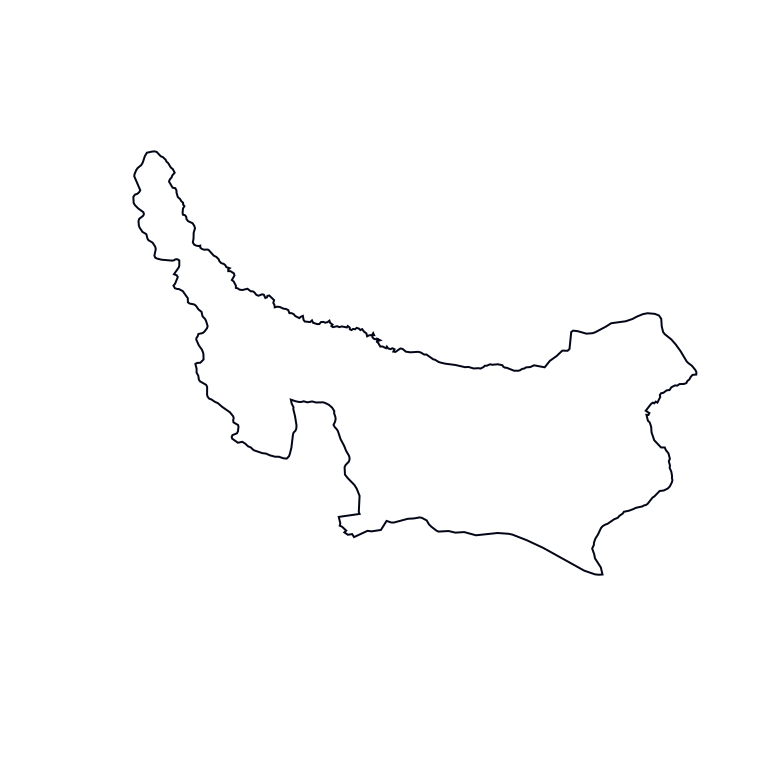 Webuye West, Western, Kenya (Mercator projection), rotated 109°
{"feature_id": "3690345B24019880317128", "entity_name": "Webuye West", "entity_type": "district", "adm_level": 2, "iso_a3": "KEN", "parent_name": "Kenya", "parent_adm1": "Western", "projection": "mercator", "projection_center": [34.696, 0.598], "detail": "fine", "context": "isolated", "style": "outline", "palette": "ink", "viewbox_px": 768, "rotation_deg": 109, "n_neighbors": 0, "source": "geoboundaries", "source_scale": "gbopen_adm2", "svg_char_len": 6137}
<svg xmlns="http://www.w3.org/2000/svg" viewBox="0 0 768 768"><g transform="rotate(109 384 384)"><path d="M330.8,290.1L333.2,292.7L333.9,294.6L335.5,295.4L337.9,297.6L338.3,299.9L340.1,304.2L340.4,309.8L341.7,312.8L342.8,322.8L344.8,332.5L345.3,337.2L345.4,339.5L344.5,343.4L344.6,345.6L342.3,353.5L343.1,355.5L342.2,359.6L342.5,362.3L345.5,369.5L346.3,373.9L344.8,377.8L345.1,380.1L349.9,383.6L350.3,385.7L347.7,385.4L347.5,387.8L348.9,389.1L349.0,391.7L347.7,393.5L349.5,393.8L349.0,397.7L349.8,399.7L347.0,402.9L346.4,404.5L343.6,404.6L344.7,407.6L343.8,409.9L341.6,411.3L342.9,414.0L344.4,415.5L341.9,417.1L340.9,420.2L339.2,422.5L340.7,423.9L339.8,425.7L339.8,428.1L341.7,429.2L342.0,431.2L343.6,432.3L343.4,434.1L341.8,434.8L341.0,437.2L342.6,437.5L343.3,442.6L344.8,444.8L344.6,447.0L346.9,450.9L346.3,452.6L344.6,452.0L343.7,454.9L341.9,456.2L343.9,457.5L345.2,459.6L345.0,461.4L345.9,463.7L348.4,464.7L349.1,466.6L349.2,471.0L347.3,472.8L349.5,474.0L350.7,479.3L349.6,480.9L346.0,482.9L347.5,484.5L349.3,485.6L348.6,490.2L347.4,492.0L347.1,494.5L347.8,496.5L345.3,498.6L345.0,501.2L345.5,503.7L345.1,507.4L345.6,510.0L347.1,512.3L345.1,513.2L343.3,515.1L340.5,515.2L337.7,521.3L338.6,522.9L340.2,522.9L341.3,524.2L338.7,526.7L338.9,528.5L341.4,531.4L341.3,533.7L339.6,536.3L339.1,538.1L339.7,540.2L338.4,544.1L341.3,548.6L341.8,551.4L341.2,553.4L341.4,555.3L339.2,556.1L336.0,559.5L335.2,561.7L330.1,560.7L328.3,561.9L327.3,565.9L328.0,568.0L326.3,568.6L324.8,567.6L324.8,571.2L323.4,572.6L322.6,574.7L322.7,577.3L321.4,579.7L319.9,580.9L318.4,584.0L318.1,586.7L314.3,593.6L314.5,595.2L315.6,597.8L315.6,600.1L314.9,602.1L313.0,602.8L313.9,604.1L314.3,606.5L314.1,608.6L312.5,610.8L308.3,611.5L303.0,613.2L298.3,613.4L296.1,615.0L294.3,617.4L293.8,622.3L292.4,624.4L290.2,625.5L289.2,627.2L289.4,629.2L287.6,630.2L283.4,631.2L280.8,630.6L279.7,632.4L278.0,633.0L277.2,635.1L275.5,637.0L274.4,639.8L270.6,642.5L268.6,643.2L266.8,645.1L267.2,647.8L262.6,653.2L260.2,653.1L257.9,652.1L255.8,652.1L252.4,650.7L249.6,653.6L248.7,656.1L245.4,660.0L244.6,662.0L243.1,663.4L241.4,667.1L241.4,669.2L238.6,674.4L238.7,676.5L239.6,678.7L242.5,683.5L246.4,684.3L253.2,684.2L256.1,684.8L259.9,687.2L262.4,687.9L267.0,688.2L269.0,687.7L280.2,677.5L282.5,678.0L284.4,679.1L286.1,681.2L288.8,681.9L294.4,679.6L296.0,677.7L298.1,673.4L299.9,667.4L301.6,666.3L303.4,666.5L307.5,669.2L309.8,669.2L313.9,667.4L315.7,666.0L318.8,661.9L319.7,657.5L323.4,655.1L324.7,653.6L325.7,648.8L328.7,645.0L330.8,643.7L337.4,642.9L339.0,641.5L339.3,639.3L338.9,634.8L336.4,624.8L335.6,623.0L334.1,621.9L333.3,620.1L333.8,617.8L338.7,616.1L340.5,616.0L348.6,618.3L348.7,615.4L350.0,613.8L357.3,614.2L359.5,615.1L361.5,612.9L361.5,610.6L361.0,608.9L361.7,604.5L366.8,597.4L370.6,596.0L371.2,594.0L370.6,589.5L371.2,587.3L373.9,583.7L375.2,580.0L379.1,577.6L380.8,574.3L382.4,572.7L386.7,569.6L388.9,569.5L392.9,570.8L394.8,572.0L397.2,575.8L399.6,575.7L401.3,576.3L403.1,576.0L407.7,571.7L410.8,567.4L412.8,565.6L414.4,564.5L419.6,562.6L423.7,564.6L425.0,567.7L426.5,568.9L430.5,566.2L434.3,564.9L436.6,562.3L440.1,560.5L441.4,558.8L442.7,551.9L444.3,550.3L452.0,547.7L453.6,546.4L454.8,544.4L454.8,542.1L455.9,538.2L456.2,534.8L458.3,529.6L460.9,520.5L463.7,516.0L465.3,515.0L467.4,514.8L469.3,513.8L470.3,508.6L471.9,507.6L476.4,506.7L478.5,507.0L481.6,510.6L483.6,510.8L485.1,509.8L487.1,503.0L484.8,499.2L485.6,495.7L487.2,492.2L487.3,489.5L489.0,485.7L489.0,476.6L488.2,472.9L488.6,468.7L488.2,463.3L487.0,459.7L487.0,454.9L486.2,451.7L483.2,450.3L480.6,450.3L474.5,450.8L461.9,453.5L459.4,453.7L457.0,452.5L454.7,452.4L451.5,453.3L443.5,457.6L437.2,461.6L435.4,462.0L432.6,464.9L429.1,467.0L429.1,461.9L428.6,458.3L427.8,456.1L426.5,454.4L426.3,450.5L423.9,446.3L423.6,442.2L421.1,435.5L421.1,433.4L421.6,429.4L423.2,425.4L425.8,422.2L427.8,421.7L430.9,419.3L433.0,418.3L435.4,418.0L439.1,418.4L440.9,416.4L442.0,414.2L443.5,412.3L450.3,407.1L455.3,401.7L459.5,398.1L463.0,394.0L464.9,392.6L466.6,392.0L468.9,392.0L473.0,393.9L475.4,394.2L482.4,391.4L485.0,387.3L489.1,379.1L491.9,375.7L497.7,370.7L513.1,366.2L514.8,364.8L524.4,383.5L530.1,379.9L532.4,379.7L532.6,377.2L534.9,372.0L537.2,373.2L538.3,369.1L536.3,365.2L538.5,362.5L528.2,351.8L527.4,347.8L523.0,339.4L512.6,337.0L512.6,332.1L511.8,329.6L503.7,317.6L501.4,312.0L498.6,307.0L498.2,304.8L499.1,299.2L502.0,295.9L503.5,292.8L505.6,286.6L505.8,284.4L502.0,275.1L501.3,268.1L497.9,260.0L497.1,247.8L487.9,228.1L485.1,217.6L484.6,213.7L485.2,198.5L487.1,180.3L495.3,133.9L495.3,122.6L494.4,118.7L493.0,115.4L486.9,119.2L480.2,127.7L476.6,129.8L471.8,133.6L467.7,133.2L465.8,133.8L461.4,133.8L456.7,132.7L449.4,131.9L447.3,131.0L445.2,129.3L443.4,127.1L436.9,122.3L434.4,119.4L432.2,118.6L428.8,116.1L426.7,115.6L424.1,111.2L420.9,107.3L419.2,105.7L415.5,99.7L414.2,98.7L413.2,97.0L411.6,95.8L403.9,93.1L402.5,91.9L395.4,88.5L393.6,84.8L390.5,81.7L387.8,80.4L383.4,79.8L380.9,80.0L379.5,81.0L377.2,81.7L373.5,83.7L370.3,86.6L367.9,87.1L364.3,89.6L361.7,89.3L357.0,92.4L354.7,96.0L352.6,97.9L353.8,101.4L349.2,110.2L342.6,115.3L337.4,117.5L333.8,120.3L332.8,122.5L327.7,125.8L327.2,123.9L325.1,123.6L324.1,127.8L316.1,125.1L314.1,123.8L314.3,122.2L312.2,121.3L312.6,119.4L306.3,118.6L304.7,119.6L302.5,119.0L301.4,117.0L297.9,114.6L296.8,112.1L293.5,111.2L290.6,108.4L290.0,106.1L287.9,104.6L286.2,100.2L284.6,98.4L282.3,98.1L280.4,96.8L277.4,96.3L274.9,95.2L273.4,91.8L270.9,92.6L269.3,94.3L266.5,98.8L265.1,103.2L264.1,105.2L256.4,114.3L251.6,121.1L248.3,126.9L245.5,134.7L244.0,137.0L239.2,140.1L232.1,143.1L229.7,146.3L229.5,150.7L231.3,157.9L233.7,162.0L238.1,167.0L241.6,170.2L246.0,175.9L252.6,189.0L257.4,192.8L266.4,201.2L268.2,203.6L270.5,209.0L271.0,218.1L272.0,222.6L273.9,223.9L290.5,220.0L292.8,221.2L294.4,226.3L301.2,229.8L308.1,234.7L315.9,237.5L317.5,248.3L320.3,251.1L322.1,255.2L323.7,256.4L324.8,258.4L326.5,259.6L327.8,261.4L329.1,265.4L328.7,273.2L329.2,275.2L328.8,276.8L327.7,278.2L328.3,282.8L330.6,288.0L330.8,290.1ZM341.6,411.3L341.0,409.3L339.4,410.8L341.6,411.3ZM343.6,404.6L345.1,403.5L343.9,401.9L343.6,404.6Z" fill="none" stroke="#020617" stroke-width="2"/></g></svg>